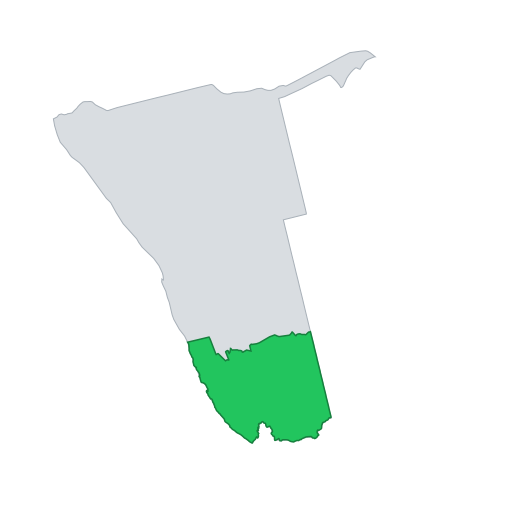 where Karas sits in Namibia, rotated 346°
{"feature_id": "NAM-3338", "entity_name": "Karas", "entity_type": "Region", "adm_level": 1, "iso_a3": "NAM", "parent_name": "Namibia", "parent_adm1": "", "projection": "equal_earth", "projection_center": [17.311, -26.98], "detail": "fine", "context": "in_parent", "style": "filled", "palette": "green", "viewbox_px": 512, "rotation_deg": 346, "n_neighbors": 0, "source": "natural_earth", "source_scale": "10m", "svg_char_len": 8691}
<svg xmlns="http://www.w3.org/2000/svg" viewBox="0 0 512 512"><g transform="rotate(346 256 256)"><path d="M374.5,86.6L379.7,85.3L384.6,84.0L390.4,82.7L395.0,81.7L396.2,81.4L407.3,82.6L412.1,83.4L413.8,84.3L415.9,86.4L419.9,91.6L418.8,91.4L411.4,92.5L408.6,93.9L402.1,100.0L400.8,99.2L399.3,97.9L398.0,97.6L395.2,99.0L392.4,100.8L389.3,103.3L386.8,105.7L385.9,107.0L381.9,112.1L380.6,112.9L379.5,113.2L379.0,113.0L378.5,110.8L376.2,105.8L372.3,99.2L371.2,98.5L370.4,98.3L367.5,98.6L359.1,100.5L352.0,102.0L341.2,104.7L329.5,106.9L322.3,108.3L316.1,108.6L316.0,115.2L315.9,128.4L315.8,141.6L315.7,154.8L315.7,168.0L315.6,181.2L315.5,194.3L315.4,207.4L315.3,220.5L315.2,226.2L315.0,227.5L311.5,227.5L303.5,227.5L296.7,227.5L291.3,227.5L291.2,235.2L291.2,244.4L291.1,253.6L291.0,262.7L291.0,271.9L290.9,281.0L290.9,290.1L290.8,299.2L290.8,308.3L290.7,315.2L290.7,316.0L290.6,329.3L290.5,343.4L290.4,357.4L290.3,371.4L290.2,385.4L290.1,399.3L289.9,413.2L289.8,427.1L289.8,431.5L287.4,431.5L282.6,433.1L279.5,435.3L278.1,438.1L276.4,439.7L274.2,440.3L273.2,441.7L273.4,443.9L272.6,445.5L270.6,446.7L267.4,446.3L263.1,444.5L257.5,444.1L250.8,445.0L246.0,444.6L243.0,442.7L239.9,441.6L236.6,441.4L234.6,440.6L230.7,439.2L230.0,436.8L229.5,435.0L228.4,433.1L228.3,431.5L229.1,430.3L229.3,428.5L228.6,425.8L227.5,424.6L226.0,424.6L225.0,423.6L224.7,421.6L223.7,420.0L221.6,418.4L218.7,419.6L217.3,421.4L216.5,424.3L215.8,425.7L215.5,428.1L215.3,429.7L214.6,431.5L213.8,432.3L213.0,431.9L211.5,432.6L208.3,435.3L207.4,436.7L204.8,434.2L197.1,424.7L194.3,422.2L190.3,416.4L181.4,398.2L180.1,394.8L178.3,386.0L176.3,379.5L176.1,375.7L177.0,373.6L176.4,370.7L175.4,368.1L172.4,364.7L171.4,353.4L169.3,346.0L169.7,339.9L168.7,334.4L168.6,330.9L169.0,324.1L167.3,316.3L163.9,308.7L160.9,297.7L160.4,292.9L160.6,280.0L160.0,274.7L160.0,268.4L158.7,262.0L158.2,258.4L159.1,255.6L159.6,256.5L160.4,256.9L161.0,253.2L161.1,249.9L159.5,241.8L156.1,233.5L147.7,220.0L145.6,214.8L144.4,210.5L134.9,192.6L130.8,180.0L127.9,169.0L124.8,164.0L110.4,128.4L107.2,122.7L101.5,115.9L100.2,113.6L98.0,107.1L93.6,98.3L92.5,90.2L92.1,80.9L92.6,73.9L96.4,73.1L99.1,71.2L101.5,71.1L104.0,72.6L106.5,72.7L107.5,72.4L112.1,72.7L114.7,71.0L117.8,69.3L119.6,67.8L122.1,66.2L125.4,64.7L127.3,64.8L129.6,65.4L132.8,66.0L134.5,67.0L136.6,70.3L139.9,73.3L142.2,75.1L145.0,77.5L145.8,78.4L147.0,78.9L147.7,79.1L152.8,78.7L157.3,78.4L162.3,78.4L171.5,78.4L180.8,78.4L190.1,78.4L199.3,78.4L208.6,78.5L217.9,78.5L227.2,78.5L236.4,78.5L240.2,78.5L246.8,78.6L253.8,78.7L254.6,78.9L255.4,79.6L256.0,80.2L258.4,84.3L261.6,88.6L264.2,90.7L267.3,91.9L270.2,92.4L273.0,92.1L277.5,92.6L283.9,94.0L290.4,94.4L297.3,93.9L302.1,94.6L304.9,96.7L307.7,98.2L310.6,98.9L314.5,98.5L319.5,96.8L323.7,97.1L325.7,98.3L326.8,98.3L334.1,96.6L340.0,95.2L348.8,93.0L356.1,91.2L366.9,88.5L374.5,86.6Z" fill="#d9dde1" stroke="#a8b0b8" stroke-width="1"/><path d="M226.0,424.8L225.2,424.7L224.7,423.9L224.6,422.5L224.7,421.8L224.7,421.1L224.5,420.5L223.9,420.3L223.4,420.1L223.1,419.5L222.9,418.9L222.5,418.4L222.3,418.3L222.0,418.3L221.6,418.4L221.3,418.6L220.5,419.3L219.9,419.1L219.6,419.2L219.3,419.6L219.0,419.7L218.8,419.7L218.6,419.3L218.4,419.3L218.2,419.4L217.8,419.9L217.7,420.0L217.6,422.5L217.4,422.8L217.2,422.7L216.8,422.7L216.7,422.6L216.4,422.9L216.5,423.0L216.9,423.7L216.9,423.9L216.5,424.0L216.0,424.0L215.9,424.1L215.8,424.4L215.9,424.6L216.1,424.9L216.2,425.3L216.2,425.7L215.9,425.9L215.7,425.8L215.5,425.6L215.3,425.5L214.9,425.7L214.8,426.3L214.9,426.9L215.0,427.4L215.5,428.3L215.7,428.9L215.4,429.1L215.1,429.4L215.0,430.0L214.9,430.7L214.9,431.2L214.6,431.8L214.2,432.4L213.7,432.9L213.4,432.9L213.3,432.6L213.2,432.2L213.1,431.8L212.9,431.7L212.6,431.8L210.9,433.8L210.0,434.2L209.3,434.6L208.7,435.1L208.3,435.3L207.9,435.7L207.6,436.2L207.3,436.5L206.7,436.4L206.5,436.2L205.0,434.8L204.3,433.8L204.0,433.2L201.4,430.2L201.0,430.0L200.8,429.8L199.4,427.5L197.9,425.5L194.8,422.8L194.2,422.0L193.0,420.2L191.3,418.6L191.0,418.2L190.3,416.8L189.5,415.9L189.4,415.6L189.3,415.3L189.5,414.6L189.5,414.3L189.2,413.4L188.6,412.3L186.2,409.6L185.9,409.0L185.8,408.2L185.8,406.6L185.8,406.4L185.6,406.0L183.3,401.7L183.0,400.7L182.7,400.2L182.3,400.0L182.1,399.7L181.4,398.1L180.4,396.6L180.3,396.2L179.9,393.8L179.8,393.5L179.6,393.2L179.4,392.6L179.6,391.3L179.3,389.3L179.4,388.8L178.9,387.7L178.8,387.1L178.8,386.3L178.8,385.0L178.6,384.4L178.3,383.9L178.1,383.8L177.7,383.7L177.4,383.7L177.2,383.2L177.1,382.9L176.9,382.2L176.7,381.6L176.0,379.7L175.8,379.2L176.0,378.3L175.7,377.7L175.4,377.1L175.2,376.6L175.1,375.8L175.2,375.2L175.4,374.8L175.7,374.6L175.9,374.5L176.2,374.4L176.4,374.4L176.4,374.7L176.4,375.9L176.6,375.9L176.7,375.3L177.1,373.7L177.2,373.3L177.0,372.9L176.5,371.0L176.2,369.1L175.6,367.9L174.8,366.9L174.0,366.2L172.5,365.5L172.3,365.2L172.1,362.8L172.2,360.4L171.7,359.5L171.7,359.3L171.7,358.9L171.9,358.9L172.1,359.0L172.3,358.9L172.6,357.9L172.6,356.5L172.3,355.2L171.9,354.1L170.9,352.0L170.7,351.0L171.1,349.8L170.9,349.8L169.7,348.1L169.3,347.2L169.2,346.8L169.2,346.6L169.3,346.1L169.3,343.6L169.4,343.0L170.1,341.4L170.1,340.8L170.1,340.1L170.0,339.5L169.5,338.8L169.3,338.0L169.2,336.6L168.6,334.7L168.5,333.2L168.2,332.0L168.2,331.4L168.9,329.0L168.9,328.7L169.3,326.4L169.4,325.1L169.1,323.9L168.8,323.1L190.8,323.3L191.4,325.8L193.3,341.4L193.4,341.7L193.5,342.0L194.0,341.9L194.9,341.6L195.2,341.5L195.5,341.5L195.8,341.7L196.0,342.1L200.8,349.9L201.1,350.3L201.4,350.2L201.7,350.1L202.0,349.9L202.5,349.8L203.1,349.8L204.1,350.3L204.5,350.2L203.4,342.2L203.4,341.9L203.4,341.6L203.6,341.4L203.8,341.3L205.0,340.9L205.3,340.8L205.6,341.0L205.8,341.2L206.1,341.4L206.2,341.6L206.3,341.7L206.1,342.0L206.0,342.5L206.4,344.0L207.4,343.1L207.8,342.4L208.7,340.1L208.9,339.5L209.1,339.6L209.3,339.9L209.9,341.2L210.1,341.5L210.3,341.6L210.6,341.7L211.0,341.6L215.2,342.6L215.4,342.8L215.8,343.0L216.3,343.5L217.4,343.7L218.4,344.1L219.1,344.6L219.3,344.9L219.4,345.3L219.4,345.7L219.5,346.0L220.1,346.2L221.9,345.5L222.6,345.5L223.8,345.0L224.2,345.0L228.1,347.0L228.2,341.5L228.7,341.1L229.4,340.8L229.8,340.5L230.0,340.4L230.1,340.5L230.3,340.6L230.7,340.8L235.2,341.3L238.3,341.0L249.7,337.7L255.0,337.1L256.6,338.2L257.1,338.7L258.9,339.8L269.2,340.9L269.6,340.8L271.7,339.4L272.2,338.8L272.4,338.6L272.6,338.5L272.9,338.6L273.0,338.8L275.0,342.6L275.3,342.9L275.5,343.0L275.7,342.8L276.5,342.1L277.3,341.9L278.4,341.9L279.7,342.1L280.3,342.4L280.9,342.9L281.2,343.1L281.6,343.3L283.9,343.8L284.9,344.3L285.2,344.4L285.7,344.2L288.3,342.7L288.7,342.6L289.1,342.5L289.5,342.8L290.5,342.6L290.5,344.0L290.5,345.8L290.5,347.5L290.5,349.3L290.5,351.1L290.5,352.9L290.5,354.6L290.5,356.4L290.4,358.2L290.4,359.9L290.4,361.7L290.4,363.5L290.4,365.2L290.4,367.0L290.4,368.7L290.3,370.5L290.3,372.3L290.3,374.0L290.3,375.8L290.3,377.6L290.3,379.3L290.3,381.1L290.3,382.8L290.2,384.6L290.2,386.4L290.2,388.1L290.2,389.9L290.2,391.6L290.2,393.4L290.2,395.2L290.1,396.9L290.1,398.7L290.1,400.4L290.1,402.2L290.1,403.9L290.1,405.7L290.1,407.4L290.0,409.2L290.0,411.0L290.0,412.7L290.0,414.5L290.0,416.2L290.0,418.0L290.0,419.7L289.9,421.5L289.9,423.2L289.9,425.0L289.9,426.7L289.9,428.5L289.9,429.7L289.8,430.6L289.1,430.8L288.9,430.9L288.1,430.7L287.8,430.8L287.2,431.2L286.2,432.3L285.5,432.5L284.4,432.6L283.8,432.8L283.4,433.3L283.0,433.5L280.6,433.7L280.4,433.8L280.2,434.0L279.9,434.5L279.7,434.8L279.5,435.0L279.3,435.6L279.2,435.7L279.0,435.8L278.8,436.1L278.1,438.6L277.9,439.0L277.5,439.4L277.0,439.7L275.1,440.2L274.8,440.4L274.5,440.4L274.0,439.8L273.6,439.9L273.3,440.2L273.1,440.6L272.7,441.5L272.6,442.1L272.7,442.8L273.6,444.6L273.6,444.9L273.3,445.1L272.5,445.2L272.4,445.3L272.1,445.8L271.9,446.1L270.6,446.9L269.6,447.3L268.7,447.3L268.3,446.7L268.2,446.6L267.2,446.4L266.8,446.0L266.2,444.9L265.8,444.4L260.9,443.6L256.5,444.4L255.6,444.9L255.1,445.1L254.7,444.7L254.3,444.8L254.2,444.9L253.7,445.0L253.3,445.2L252.8,445.4L252.2,445.3L251.3,444.9L250.7,444.9L248.7,445.2L247.9,445.5L247.4,445.5L245.5,444.7L244.6,444.2L243.2,442.8L242.4,442.2L241.5,441.8L237.7,440.8L236.9,440.8L236.7,441.0L236.2,441.4L236.0,441.5L235.7,441.5L234.9,441.2L234.4,441.0L234.3,440.4L234.3,439.6L234.2,438.9L233.9,438.6L233.5,438.7L233.0,439.0L232.5,439.1L231.6,439.3L230.5,439.6L229.7,439.4L229.6,438.5L229.9,437.2L230.1,435.9L229.8,435.2L229.0,434.9L228.8,434.4L228.6,433.6L228.0,432.7L227.8,432.1L227.9,431.7L228.2,431.2L228.6,430.9L229.0,430.8L229.4,430.5L229.6,429.8L229.6,428.9L229.6,428.2L229.5,427.9L229.1,427.3L228.9,427.0L228.8,426.6L228.8,426.3L228.8,426.0L228.5,425.6L228.5,425.3L228.4,424.9L228.3,424.5L228.1,424.4L227.5,424.4L226.0,424.8Z" fill="#22c55e" stroke="#15803d" stroke-width="1.5"/></g></svg>